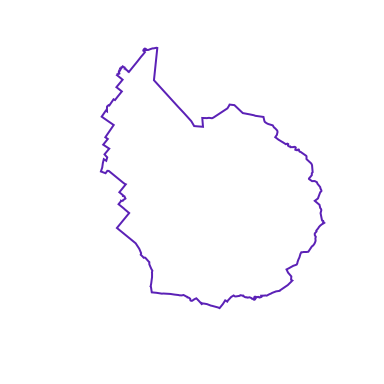 Demenes pag., Daugavpils, Latvia (orthographic projection), rotated 219°
{"feature_id": "27541924B73785369996962", "entity_name": "Demenes pag.", "entity_type": "district", "adm_level": 2, "iso_a3": "LVA", "parent_name": "Latvia", "parent_adm1": "Daugavpils", "projection": "orthographic", "projection_center": [26.568, 55.742], "detail": "fine", "context": "isolated", "style": "outline", "palette": "violet", "viewbox_px": 384, "rotation_deg": 219, "n_neighbors": 0, "source": "geoboundaries", "source_scale": "gbopen_adm2", "svg_char_len": 5612}
<svg xmlns="http://www.w3.org/2000/svg" viewBox="0 0 384 384"><g transform="rotate(219 192 192)"><path d="M76.2,147.3L76.2,147.5L76.3,147.8L76.2,148.0L76.1,147.9L76.0,147.7L75.6,147.8L75.5,148.1L75.8,148.4L75.8,148.6L75.8,148.8L75.6,149.0L75.6,149.4L75.6,149.6L75.8,149.8L76.0,149.9L76.3,149.7L76.6,149.2L76.9,149.1L77.3,149.3L77.4,149.6L77.4,149.9L77.1,150.1L77.0,150.4L76.8,150.5L76.7,150.4L76.5,150.2L76.3,150.2L75.9,150.1L75.8,150.5L75.7,150.6L75.6,151.0L75.4,151.4L75.3,151.5L75.0,151.6L74.5,151.8L74.4,151.9L74.3,152.1L74.3,152.3L73.9,152.5L73.7,152.4L73.3,152.4L73.1,152.5L72.9,152.7L72.8,153.1L72.3,153.6L72.1,154.0L72.0,154.5L72.9,155.0L70.7,156.9L70.0,157.7L68.7,158.5L67.7,160.9L66.5,163.2L66.3,163.9L64.1,167.7L61.8,170.2L61.9,170.3L59.0,179.9L58.7,182.5L58.4,185.0L58.4,185.9L58.3,186.3L59.8,186.2L61.7,188.9L66.1,189.7L66.6,189.8L69.8,191.3L68.8,193.5L67.5,196.8L67.0,197.9L67.0,198.2L66.0,199.7L65.0,201.4L65.0,201.7L65.4,203.1L66.0,204.2L66.9,206.8L66.9,207.0L67.4,208.9L67.8,209.8L68.8,212.2L69.1,214.0L68.4,214.5L67.6,215.5L65.3,217.4L64.0,218.8L64.1,219.9L64.2,220.8L64.6,225.1L64.2,226.7L64.3,228.9L64.9,231.0L65.3,231.9L67.0,233.7L67.4,234.7L67.6,235.1L68.8,235.5L69.6,235.9L70.5,237.1L70.4,239.7L71.1,240.2L71.1,242.2L71.1,243.2L71.3,244.6L71.2,246.6L70.8,248.4L70.4,249.7L70.1,250.2L69.8,251.2L70.4,251.2L70.5,250.7L70.8,250.8L70.7,251.4L71.9,252.1L72.6,251.7L73.4,252.0L78.8,256.5L79.6,258.3L80.1,259.3L80.9,259.9L82.3,260.3L82.6,260.5L84.9,262.3L87.2,262.3L91.0,262.4L90.1,266.0L90.1,266.5L90.3,266.9L92.2,272.5L92.0,273.6L92.0,273.9L92.0,274.1L92.4,274.6L92.5,274.7L94.4,275.6L95.5,276.5L99.7,277.4L101.1,278.2L103.2,277.8L103.5,277.7L103.8,277.5L105.4,276.1L105.5,276.0L109.1,275.7L109.4,275.8L109.6,276.2L109.5,278.4L109.5,280.5L110.7,282.0L110.7,283.3L115.6,288.4L117.2,289.2L123.6,289.6L123.8,289.7L124.0,289.9L125.1,291.4L125.9,292.0L133.0,291.5L133.6,291.1L133.8,291.1L134.6,291.4L135.1,291.6L135.6,292.2L135.8,292.2L136.3,291.7L136.3,291.4L136.2,291.1L136.3,291.0L136.5,290.7L136.9,290.4L137.1,290.3L137.4,290.3L137.5,290.2L138.2,289.8L138.3,289.8L138.4,290.0L139.2,291.6L139.3,291.8L139.7,291.9L139.9,291.9L140.4,291.8L140.9,291.5L141.2,291.2L141.5,290.6L143.7,288.8L143.9,288.9L144.1,289.1L144.3,289.2L144.9,288.7L145.4,288.5L146.3,288.4L146.6,288.5L146.9,288.7L147.0,289.0L147.2,289.6L147.3,289.7L147.4,289.8L147.9,289.7L148.3,289.6L149.3,288.1L150.2,288.1L157.7,287.1L161.8,287.0L162.0,289.8L163.3,292.5L164.5,293.4L165.9,293.6L167.3,293.8L169.0,293.8L171.2,294.6L175.6,292.8L177.4,292.4L179.5,292.3L180.5,292.8L183.7,295.3L190.7,291.1L192.2,290.6L195.9,288.7L202.2,285.3L213.7,286.2L217.8,283.6L217.5,282.3L217.1,279.3L222.2,263.3L222.9,261.9L225.5,260.3L226.9,258.8L230.6,256.0L224.5,249.6L231.8,244.6L237.1,246.6L247.9,248.3L256.6,249.5L291.9,254.9L309.6,282.1L310.1,281.9L310.6,281.5L311.2,280.7L312.1,279.6L312.7,279.0L313.1,278.7L314.1,277.1L314.6,276.3L314.8,275.9L315.3,275.0L316.8,273.6L317.2,273.2L317.9,272.8L318.1,272.9L318.2,273.0L317.8,273.1L317.6,273.1L317.6,273.5L317.3,273.6L317.1,273.8L317.0,274.1L318.1,274.1L318.9,273.8L319.2,272.8L319.2,272.2L318.8,271.2L317.8,271.3L317.7,271.4L317.2,271.2L316.8,270.9L316.6,270.9L316.6,267.7L316.7,265.1L316.6,259.9L316.6,245.5L317.6,245.4L318.0,245.7L318.8,245.6L319.6,245.7L320.4,245.6L321.0,245.9L321.2,245.6L321.7,245.8L322.0,245.6L322.2,246.0L322.6,246.3L322.9,246.1L323.3,246.2L323.9,246.2L324.9,246.0L324.7,245.1L324.8,244.9L325.1,244.8L325.3,244.6L324.8,243.9L324.7,243.2L324.8,243.0L325.1,243.2L325.6,243.0L325.7,242.8L325.7,242.7L325.1,242.3L324.5,241.6L324.4,240.8L324.9,240.5L324.4,239.9L324.6,239.6L324.5,239.3L324.0,239.2L323.9,239.0L323.9,238.7L323.0,238.3L323.1,238.0L323.5,237.4L324.1,236.7L323.7,236.2L323.8,235.6L316.6,235.6L316.7,225.9L309.8,226.0L309.8,219.4L309.7,215.0L311.3,214.7L310.7,207.2L311.5,207.0L311.6,206.2L311.7,205.2L311.8,205.0L310.7,203.4L308.8,201.2L310.2,201.1L309.6,193.7L301.2,194.3L295.0,194.8L293.8,180.0L290.8,180.2L290.8,172.9L283.6,173.6L283.7,166.2L281.4,165.8L279.7,165.6L278.3,162.3L281.2,162.0L279.5,158.4L277.2,154.6L275.7,150.6L271.0,152.2L271.1,155.2L269.9,156.0L251.4,155.9L249.4,156.0L248.3,156.3L248.3,146.1L243.2,146.0L243.0,145.5L241.8,146.1L239.6,145.0L240.5,142.0L240.3,141.8L240.7,141.1L241.0,140.8L241.2,140.6L241.5,140.5L241.4,140.4L241.4,136.3L234.5,136.3L233.5,136.2L227.6,136.1L227.7,116.8L204.2,116.7L203.5,116.7L197.3,114.7L195.2,113.6L193.0,112.4L192.4,111.0L190.0,110.8L188.1,110.5L187.5,111.3L187.3,111.4L186.8,111.5L182.0,110.7L181.0,110.6L180.9,110.4L179.7,109.0L177.1,107.6L174.9,106.5L173.3,105.9L172.6,104.4L171.8,103.6L169.4,100.6L168.4,98.9L166.3,95.5L164.8,92.8L164.8,92.6L164.3,92.5L160.1,88.7L156.2,91.3L151.5,94.0L150.2,95.2L144.6,99.2L141.0,101.3L137.7,103.4L136.6,103.9L134.9,105.2L134.1,106.2L133.8,106.6L131.9,107.0L131.7,107.0L131.1,107.1L129.7,107.5L129.3,107.2L128.8,107.4L128.4,107.7L127.5,107.9L126.4,107.9L126.1,107.8L125.6,107.3L125.0,106.8L124.6,106.8L124.1,107.0L123.5,107.5L123.2,108.3L122.9,109.5L122.2,111.2L121.7,112.1L118.2,111.7L116.1,111.4L113.9,111.0L113.8,111.3L114.2,111.4L114.3,111.8L114.2,111.8L113.3,112.2L113.2,112.3L112.7,112.7L109.8,114.3L108.0,114.9L105.8,115.6L104.9,116.1L99.0,118.7L97.5,119.1L97.5,121.4L97.5,124.5L98.0,128.7L97.6,128.8L95.6,129.0L95.8,130.3L95.5,135.1L94.5,137.8L93.3,137.8L93.0,137.9L92.2,138.4L89.6,141.3L89.5,142.2L89.0,142.5L87.4,143.4L87.0,143.7L86.5,143.3L85.9,143.6L84.9,143.6L83.5,144.2L83.2,144.7L82.3,144.9L81.0,146.4L79.3,146.9L78.6,146.9L78.1,146.8L77.6,147.3L77.3,147.4L77.0,147.4L76.9,147.2L76.7,147.2L76.2,147.3Z" fill="none" stroke="#5b21b6" stroke-width="2"/></g></svg>